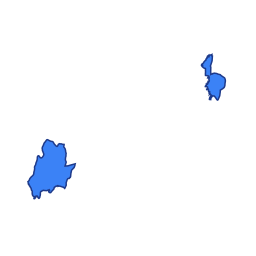 outline of Zoquiapan, Puebla, Mexico, rotated 16°
{"feature_id": "50627088B37911705580944", "entity_name": "Zoquiapan", "entity_type": "district", "adm_level": 2, "iso_a3": "MEX", "parent_name": "Mexico", "parent_adm1": "Puebla", "projection": "equal_earth", "projection_center": [-97.554, 20.058], "detail": "fine", "context": "isolated", "style": "filled", "palette": "blue", "viewbox_px": 256, "rotation_deg": 16, "n_neighbors": 0, "source": "geoboundaries", "source_scale": "gbopen_adm2", "svg_char_len": 5418}
<svg xmlns="http://www.w3.org/2000/svg" viewBox="0 0 256 256"><g transform="rotate(16 128 128)"><path d="M51.0,169.8L51.0,170.2L51.0,170.7L51.1,171.3L51.4,171.7L51.8,172.9L52.1,173.5L52.6,174.0L53.2,174.9L54.0,175.9L54.3,176.6L54.4,177.0L54.4,177.5L54.2,178.4L53.8,179.6L53.6,180.0L52.8,180.7L52.6,180.8L52.1,180.7L51.8,180.7L51.6,180.6L51.1,180.1L50.4,179.6L50.1,179.4L49.7,179.4L49.4,179.4L49.1,179.8L48.9,180.3L48.9,181.1L49.1,181.8L49.3,182.8L49.4,183.6L49.4,184.1L49.4,185.0L49.2,186.7L49.3,188.4L49.3,189.1L48.9,190.5L48.9,191.1L49.0,191.7L49.3,192.3L49.5,193.1L49.7,194.7L49.7,195.5L49.7,196.4L49.9,197.3L50.0,198.2L50.0,198.7L49.6,199.9L49.0,200.9L48.5,201.6L48.1,202.5L47.7,203.4L47.5,204.2L47.5,204.9L47.4,205.6L47.0,206.6L46.6,207.2L46.9,207.5L47.2,208.3L47.3,208.6L47.6,209.0L47.7,209.4L48.1,209.7L48.3,209.6L48.3,209.8L48.5,209.9L48.6,210.1L48.8,210.2L49.1,210.6L49.3,210.7L49.4,210.9L49.5,210.9L50.0,211.1L50.1,211.4L50.4,211.8L50.5,211.9L50.8,212.2L51.1,212.3L51.5,212.8L51.7,213.0L51.8,213.2L51.9,213.5L52.0,213.6L52.0,213.8L52.2,214.1L52.3,214.3L52.9,214.7L53.1,214.9L53.4,215.3L53.5,215.5L53.6,216.2L53.8,216.6L53.9,217.0L53.9,217.3L54.4,218.0L54.4,218.5L54.9,219.0L55.4,219.5L55.8,219.7L56.0,219.8L56.2,219.7L56.5,219.8L56.8,220.1L57.0,220.4L57.1,220.8L56.9,221.5L57.1,221.8L57.7,221.7L57.8,221.6L58.0,221.2L58.1,220.2L58.0,219.8L58.0,219.5L57.9,219.3L58.2,219.0L58.4,218.8L59.1,218.5L59.6,219.1L59.7,219.3L59.9,219.2L60.0,218.9L60.1,219.0L60.6,219.3L60.8,219.6L61.1,219.7L61.3,220.1L61.7,220.2L61.9,220.1L62.1,219.6L62.3,219.1L62.2,217.8L62.2,216.9L62.0,215.7L61.7,214.8L61.6,213.9L61.6,213.6L61.7,213.2L61.9,212.9L62.1,212.9L62.3,212.7L62.5,212.4L62.8,212.2L63.0,211.9L63.0,211.7L63.4,211.6L64.0,211.3L64.1,211.1L64.6,211.1L65.1,211.1L65.3,211.1L66.2,210.8L66.7,210.7L67.2,210.6L67.4,210.5L67.7,210.3L68.0,209.9L68.3,209.7L68.5,209.6L68.8,209.6L69.0,209.4L69.1,209.2L69.3,209.0L69.6,209.3L69.8,209.6L69.7,209.7L69.6,209.8L69.3,209.8L69.2,209.9L69.1,210.1L69.3,210.8L69.4,211.1L69.8,211.4L69.9,211.6L70.2,211.7L70.3,211.6L70.6,211.5L70.9,211.6L71.2,211.6L71.5,211.4L71.6,211.0L71.8,210.8L72.3,209.5L72.8,208.6L73.0,208.2L73.5,207.2L73.6,206.9L73.6,206.6L73.5,206.4L73.4,206.2L73.5,205.9L73.6,205.5L73.6,205.2L74.0,204.8L74.4,204.5L74.5,204.1L74.9,203.7L75.1,203.6L75.4,203.5L75.8,203.5L76.0,203.6L76.2,203.1L76.2,202.8L76.4,202.7L77.0,202.8L77.3,203.1L77.6,202.9L78.5,202.7L80.2,202.7L81.3,202.8L82.2,202.7L82.4,202.9L83.0,203.0L83.4,203.3L83.8,203.5L84.0,202.7L84.1,202.0L84.3,200.5L84.4,200.0L83.8,198.2L83.6,197.4L83.7,196.8L83.7,195.3L83.8,194.4L84.1,193.3L84.7,192.9L85.1,192.8L85.4,192.7L85.5,192.4L85.6,192.0L85.6,191.8L85.9,191.7L86.1,191.4L86.2,190.9L86.2,190.5L85.8,188.3L85.7,187.8L85.5,186.3L85.6,186.0L85.6,185.7L85.4,185.2L85.4,184.3L85.5,184.0L85.6,183.7L85.8,183.3L86.0,183.0L86.2,182.8L86.3,182.2L86.5,181.9L86.6,181.7L86.7,181.4L87.0,181.2L87.1,180.9L87.2,179.7L87.2,179.2L87.3,178.9L87.2,178.4L87.1,177.5L87.1,177.0L82.6,179.7L80.6,181.0L78.0,181.9L78.0,177.8L76.9,176.4L76.5,175.6L76.1,173.6L76.1,172.7L76.1,172.1L75.7,170.7L75.5,169.3L74.8,168.4L74.1,166.7L73.4,165.5L72.7,164.8L71.5,163.9L71.3,163.3L71.3,162.5L71.1,161.4L70.5,161.5L69.9,161.7L69.1,161.7L68.6,161.6L68.0,161.7L67.3,161.9L66.6,161.9L66.0,162.4L65.6,162.8L65.4,163.7L65.4,164.4L65.0,165.2L64.5,165.3L63.7,165.0L62.7,164.4L61.8,163.9L61.2,163.4L60.3,162.5L59.9,162.1L59.4,161.9L58.7,161.8L57.4,162.1L56.9,161.9L56.3,161.9L54.6,161.5L53.9,161.4L53.5,161.5L53.2,161.7L52.9,162.3L52.2,164.2L52.0,164.7L51.7,165.2L51.6,165.6L51.5,166.3L51.4,167.1L51.4,167.9L51.0,169.8ZM196.5,72.4L196.5,71.6L196.8,71.7L197.1,72.0L197.1,73.1L197.5,72.5L198.3,73.1L198.6,73.3L199.1,73.5L198.6,74.4L198.2,76.2L198.2,77.1L198.4,78.1L199.0,78.1L199.7,77.9L199.5,77.4L199.5,76.5L200.0,75.0L200.3,74.2L200.6,73.8L201.1,73.8L201.7,73.5L202.1,73.5L202.6,73.8L203.0,74.1L203.7,74.6L205.6,76.2L206.2,76.5L206.6,76.3L206.8,75.8L206.9,75.1L207.3,71.8L206.7,67.8L206.3,66.2L208.4,63.9L208.7,63.2L209.2,62.7L209.4,61.7L209.4,60.4L209.0,58.6L208.7,56.2L208.5,55.5L208.2,54.8L207.7,54.0L207.0,53.2L206.1,52.9L203.0,51.9L202.0,51.3L199.3,51.4L198.7,51.2L198.1,51.2L195.8,51.5L195.4,51.9L195.1,51.9L194.7,52.1L194.6,52.3L194.2,52.5L194.1,52.9L193.8,53.1L193.6,53.0L193.2,53.1L192.8,53.6L192.7,53.3L192.4,52.2L192.0,51.2L190.8,46.6L190.6,46.5L190.4,46.2L190.1,45.5L190.2,44.9L190.2,44.3L190.3,41.9L190.3,40.2L189.7,37.4L189.3,35.5L188.6,35.5L188.4,34.2L187.7,34.8L186.9,35.2L186.1,35.5L186.2,36.7L186.2,37.3L185.7,37.4L185.4,36.2L185.1,36.8L184.7,36.9L184.9,38.1L184.7,38.2L184.7,38.3L184.4,38.4L184.7,39.3L184.0,40.1L184.1,41.4L183.8,41.6L182.8,43.5L182.7,44.6L182.5,44.8L181.3,46.5L181.9,47.5L182.2,46.8L182.5,47.4L181.6,47.7L182.1,48.2L182.2,48.4L184.0,49.3L185.6,49.6L185.9,49.4L186.0,49.4L186.1,49.5L186.4,50.6L186.7,51.7L187.1,52.7L187.3,53.9L187.6,55.0L188.0,56.1L190.7,55.7L191.4,55.8L191.9,56.7L191.0,56.8L190.8,57.9L192.3,57.7L192.3,58.8L192.8,59.9L193.0,59.9L193.1,61.0L192.7,61.1L192.2,61.2L192.6,62.1L192.2,62.2L192.4,63.3L191.9,63.3L192.1,64.0L191.2,64.1L191.3,64.5L191.3,64.9L191.5,65.4L190.9,66.2L190.9,66.7L190.9,66.9L191.0,66.9L192.2,66.4L192.6,66.5L193.3,66.8L193.2,67.4L193.2,67.7L193.6,68.6L192.9,69.1L193.1,69.4L193.5,69.2L194.3,68.4L194.9,69.2L194.9,69.7L195.0,69.8L195.3,70.2L195.4,70.8L195.5,70.9L196.2,70.6L196.4,70.6L196.6,70.7L196.6,71.1L196.4,72.3L196.5,72.4Z" fill="#3b82f6" stroke="#1e3a8a" stroke-width="1.5"/></g></svg>